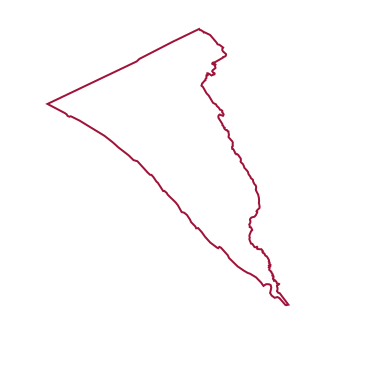 Cook, Minnesota, United States of America (Robinson projection), rotated 64°
{"feature_id": "52423323B35428884505626", "entity_name": "Cook", "entity_type": "district", "adm_level": 2, "iso_a3": "USA", "parent_name": "United States of America", "parent_adm1": "Minnesota", "projection": "robinson", "projection_center": [-90.193, 47.855], "detail": "fine", "context": "isolated", "style": "outline", "palette": "rose", "viewbox_px": 384, "rotation_deg": 64, "n_neighbors": 0, "source": "geoboundaries", "source_scale": "gbopen_adm2", "svg_char_len": 4552}
<svg xmlns="http://www.w3.org/2000/svg" viewBox="0 0 384 384"><g transform="rotate(64 192 192)"><path d="M48.6,114.1L48.5,143.2L49.3,181.0L50.4,184.4L49.5,283.3L65.3,271.7L67.3,270.6L68.9,270.5L69.9,269.8L70.7,269.0L70.7,268.0L71.2,267.4L78.5,261.8L103.2,246.0L112.5,241.5L119.7,238.6L131.4,232.8L137.7,230.6L140.4,227.6L155.1,223.3L158.1,222.2L158.9,220.9L161.9,220.1L167.1,219.4L168.5,218.7L178.5,217.5L178.9,216.4L180.2,215.8L182.0,215.1L183.4,215.1L185.3,214.5L194.1,211.3L197.8,210.5L205.5,210.1L207.2,208.1L210.5,206.6L215.9,205.9L218.7,206.0L224.1,204.2L225.1,204.1L226.4,204.2L227.0,203.1L227.1,202.3L232.5,200.8L237.9,199.9L245.3,197.8L252.8,194.0L254.0,193.1L253.3,191.5L254.7,190.4L264.4,187.6L267.7,187.6L278.9,183.6L285.4,179.9L289.3,177.3L290.8,175.7L296.7,171.9L303.6,169.6L307.5,169.0L307.8,168.9L307.5,167.6L307.4,165.7L308.0,164.4L309.0,162.9L310.3,162.1L312.8,162.7L315.7,165.0L317.1,166.1L320.0,165.8L323.3,164.1L323.6,162.7L323.9,161.2L325.8,159.9L334.3,157.6L335.0,157.0L335.5,154.8L321.5,157.5L320.3,158.7L318.4,159.1L318.2,159.0L317.5,158.2L316.9,157.8L315.8,157.2L314.6,157.1L313.4,156.7L313.0,156.0L313.3,155.3L313.1,154.3L312.9,154.0L312.7,154.1L312.2,154.6L311.9,155.3L311.5,155.6L311.1,155.7L310.2,155.5L307.9,156.0L307.6,156.3L307.9,156.6L307.9,157.0L307.8,157.3L307.5,157.3L307.1,156.8L306.4,156.7L306.0,157.0L305.7,157.3L305.4,157.3L305.0,157.1L304.5,156.4L304.2,155.9L303.1,155.7L302.8,156.3L302.4,156.5L302.0,156.2L301.5,155.8L301.5,155.6L301.1,155.5L300.6,155.6L300.0,155.8L299.1,155.9L298.9,155.9L298.8,155.7L298.3,155.7L296.0,156.7L295.8,156.7L295.1,156.3L294.9,156.0L294.7,155.8L293.8,155.8L293.3,156.0L293.2,155.8L293.3,154.3L293.1,154.2L292.7,154.4L292.3,154.8L291.8,155.0L291.7,154.3L292.0,154.1L292.3,154.0L292.1,153.5L291.9,153.4L291.8,153.5L290.4,153.8L290.4,153.6L289.4,153.2L289.0,153.4L288.3,153.6L288.2,153.5L288.0,153.0L287.1,152.7L284.3,152.8L282.5,153.1L281.5,153.9L280.9,154.0L279.2,153.9L278.7,154.1L278.3,154.7L278.1,154.8L276.7,155.0L276.5,154.9L276.3,154.2L274.0,154.7L273.8,154.8L273.4,155.7L272.0,158.1L271.7,158.3L271.3,158.3L270.5,157.7L269.9,157.5L269.7,157.6L269.7,157.9L269.7,158.8L269.0,159.9L268.8,160.0L265.0,160.5L264.4,161.5L264.0,161.6L262.6,161.4L261.6,161.4L259.5,161.1L259.0,160.8L258.4,160.1L258.1,160.0L256.9,159.8L256.2,159.4L255.0,158.2L253.3,156.3L253.0,155.8L252.9,155.1L252.6,154.5L249.6,154.5L248.9,155.5L247.2,154.8L246.3,154.8L245.4,153.4L244.7,152.7L243.3,152.1L243.2,152.1L242.8,152.2L242.5,152.2L241.7,151.5L241.4,151.0L241.0,149.9L241.2,148.5L241.6,146.7L240.8,144.7L238.8,142.2L238.6,142.1L238.4,142.3L237.6,142.5L236.9,141.3L236.0,138.4L234.9,137.7L231.9,136.8L231.3,136.8L229.7,135.7L226.7,134.5L223.4,133.7L218.8,133.8L217.6,133.5L217.4,133.1L217.1,133.0L216.5,132.8L215.7,132.1L215.1,132.0L213.7,131.9L213.4,132.1L212.4,132.4L209.9,132.5L207.6,131.9L205.3,133.0L204.1,132.8L201.1,133.3L200.2,133.3L198.6,132.9L196.9,133.2L193.2,134.3L191.1,134.0L189.3,134.0L186.6,135.0L185.9,135.0L185.0,134.2L183.6,133.6L182.3,133.6L181.4,133.9L179.0,134.2L177.7,134.9L177.5,135.7L176.6,135.8L176.5,136.0L176.4,136.1L175.9,136.2L174.6,136.0L172.0,136.1L171.2,136.3L171.0,136.9L170.8,136.9L169.3,136.4L168.9,136.1L168.7,135.8L168.6,135.2L167.9,134.8L167.2,134.7L165.4,133.6L164.1,133.6L158.9,135.1L157.9,134.7L157.2,134.0L156.4,133.6L154.3,133.1L153.9,132.8L153.4,132.7L152.8,133.4L151.6,133.5L151.1,134.3L150.5,134.7L149.8,135.0L149.3,135.0L148.6,134.5L148.3,134.9L148.2,134.9L148.1,135.1L146.4,134.9L145.9,135.0L145.4,135.4L144.3,134.9L136.9,135.7L135.5,135.1L134.9,134.5L134.5,133.2L137.1,130.8L136.4,129.7L135.1,129.5L134.3,129.8L133.3,129.9L133.1,129.8L132.6,129.2L132.2,129.2L130.6,130.2L130.4,130.7L127.7,131.1L125.8,131.9L125.1,132.0L123.8,132.0L121.1,134.0L112.7,134.7L109.5,135.7L102.5,136.1L100.6,136.9L98.8,135.2L98.8,134.8L97.7,132.4L97.4,130.9L96.7,130.7L96.4,130.4L96.1,129.6L96.0,129.2L94.7,128.5L94.1,128.3L93.5,127.8L94.0,127.1L94.0,126.9L93.9,126.6L93.5,126.4L92.8,126.5L92.5,126.5L92.0,126.2L92.3,125.6L94.3,124.2L95.8,123.4L95.9,121.6L96.1,120.3L95.8,119.9L95.2,119.7L94.8,119.9L94.3,120.6L92.3,120.9L91.6,120.0L90.9,116.6L89.7,116.2L88.4,116.2L88.1,115.5L87.8,115.0L86.9,115.3L87.0,115.8L86.8,116.8L85.6,117.6L84.9,116.8L85.4,114.1L85.2,110.9L84.8,105.4L84.7,105.2L84.4,105.0L84.3,104.8L84.7,103.3L84.5,102.2L83.6,101.2L82.9,101.0L79.3,102.5L77.8,102.6L76.6,102.0L75.9,100.7L71.9,102.7L70.4,104.3L68.5,104.4L58.8,106.9L53.8,110.8L53.9,111.4L52.2,111.9L50.3,113.2L50.0,113.8L48.7,114.1L48.6,114.1Z" fill="none" stroke="#9f1239" stroke-width="2"/></g></svg>